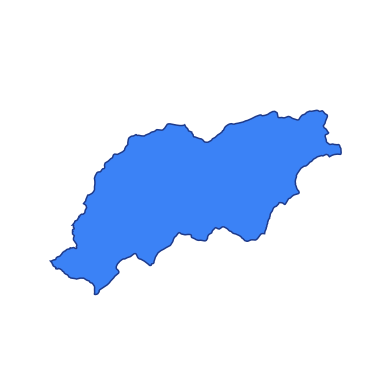 Buriticá, Antioquia, Colombia, rotated 74°
{"feature_id": "7082276B20190258274584", "entity_name": "Buriticá", "entity_type": "district", "adm_level": 2, "iso_a3": "COL", "parent_name": "Colombia", "parent_adm1": "Antioquia", "projection": "albers", "projection_center": [-75.9, 6.81], "detail": "fine", "context": "isolated", "style": "filled", "palette": "blue", "viewbox_px": 384, "rotation_deg": 74, "n_neighbors": 0, "source": "geoboundaries", "source_scale": "gbopen_adm2", "svg_char_len": 6066}
<svg xmlns="http://www.w3.org/2000/svg" viewBox="0 0 384 384"><g transform="rotate(74 192 192)"><path d="M252.1,133.7L250.1,132.8L247.7,130.8L246.6,130.4L246.1,129.8L244.5,129.1L242.9,127.9L241.3,127.4L240.8,126.7L240.3,126.6L239.4,125.8L238.6,124.6L237.6,124.4L237.0,123.8L234.8,122.8L233.9,122.0L232.3,120.0L231.0,119.1L229.7,117.9L229.1,116.7L228.9,114.8L227.3,112.1L226.4,111.4L226.3,110.9L226.8,109.3L227.5,107.9L229.4,106.5L229.5,105.9L228.3,104.4L225.2,101.2L225.0,100.8L224.9,99.2L223.7,97.0L223.0,95.2L222.9,93.4L222.9,90.4L222.5,89.4L221.8,89.1L220.4,89.2L219.9,89.6L217.6,90.3L215.5,90.3L212.9,90.5L212.6,90.2L210.5,89.9L208.5,89.0L206.2,87.4L204.8,87.1L203.0,85.3L199.2,80.7L198.1,77.3L198.3,75.8L198.2,74.7L197.3,72.8L195.8,70.4L195.5,68.6L193.9,66.1L193.3,63.4L192.7,61.8L192.7,57.4L193.4,56.2L192.8,52.7L193.7,51.2L196.0,50.2L195.3,47.2L195.2,44.9L195.7,41.7L196.7,39.1L196.6,38.5L196.2,38.2L195.3,37.8L191.2,36.9L189.5,37.3L188.0,37.3L187.4,37.5L186.7,38.3L186.6,39.4L185.4,42.4L184.7,43.4L184.4,45.9L184.2,46.6L181.4,48.7L180.4,48.9L179.0,48.6L175.2,48.7L174.3,48.3L173.8,47.9L173.5,45.7L173.2,44.9L172.8,44.4L172.2,44.5L171.5,45.0L169.9,45.3L168.3,45.9L166.6,47.3L164.7,47.6L162.6,45.2L160.8,44.2L156.9,41.1L155.7,40.8L155.1,40.9L153.3,42.6L150.6,43.8L149.8,44.5L149.8,46.6L149.6,47.4L148.3,48.6L147.8,49.9L147.4,54.9L146.7,56.6L147.0,59.6L148.3,62.2L148.4,64.4L148.6,65.2L149.8,67.1L151.9,69.4L151.9,70.4L151.7,71.0L148.9,75.2L147.0,76.8L146.1,78.1L145.9,79.0L146.2,82.4L146.0,83.5L145.1,85.2L144.8,86.9L144.2,88.4L143.5,88.7L139.6,88.3L138.9,88.7L137.3,90.2L136.9,92.3L137.5,95.6L138.2,97.4L138.4,99.3L138.4,101.2L138.1,103.3L137.8,103.8L136.9,104.5L136.7,105.9L137.0,110.0L137.9,114.5L138.5,118.9L138.4,120.7L138.8,123.6L138.6,128.5L138.3,131.1L138.4,132.8L138.1,133.7L137.2,135.3L137.1,136.0L137.0,137.4L137.4,139.3L138.3,141.7L139.3,143.0L141.4,144.8L141.6,145.8L142.4,146.4L143.5,148.8L144.2,151.4L145.9,154.7L146.5,157.7L147.4,158.7L147.8,159.5L148.5,162.6L148.4,163.7L147.9,165.1L147.3,166.1L146.6,166.6L145.4,167.0L143.7,168.2L142.4,170.6L140.0,173.8L139.4,175.1L138.8,175.3L137.1,175.2L135.3,175.9L134.4,175.7L132.3,178.4L129.8,178.8L127.9,180.0L125.4,180.5L125.6,181.0L125.4,183.1L124.8,185.3L123.5,188.3L120.4,194.4L120.0,196.1L120.1,197.1L123.1,200.7L124.3,203.0L124.2,204.1L122.4,208.5L122.6,209.5L123.0,210.1L123.4,211.7L123.3,214.1L123.5,215.2L124.1,216.8L124.5,221.0L125.0,222.2L124.9,222.8L124.2,224.9L122.8,227.6L122.6,228.9L122.4,229.2L121.7,229.6L121.4,230.0L122.0,232.8L121.7,234.7L121.8,235.4L122.4,237.2L122.9,238.0L124.1,238.8L126.9,240.1L128.7,240.6L130.3,243.3L131.8,244.6L133.2,245.4L134.2,247.6L135.3,253.0L135.2,253.6L134.3,255.7L134.3,256.3L134.5,256.9L134.9,257.5L137.1,259.0L137.6,260.9L139.2,263.9L140.2,267.5L141.3,268.3L142.3,268.8L144.0,269.0L144.9,269.5L145.3,270.3L145.1,271.4L145.8,272.6L146.9,273.8L147.3,274.7L147.0,276.2L147.0,277.3L147.3,278.1L149.7,280.5L151.9,282.0L154.9,282.4L157.5,283.1L160.1,284.3L162.7,285.0L163.5,285.5L164.7,286.8L165.7,288.4L166.5,291.7L166.2,292.8L166.3,293.1L169.9,296.0L171.3,296.7L172.5,298.5L173.3,299.5L175.1,297.9L176.2,297.5L177.3,297.7L178.1,297.6L180.0,299.6L182.4,300.8L182.9,301.7L183.3,302.9L182.9,304.4L183.5,306.0L184.2,306.5L184.2,307.4L184.7,307.7L185.3,307.6L185.8,308.7L186.8,309.4L187.5,310.6L187.6,312.2L188.0,312.5L188.0,312.8L188.5,313.0L188.8,313.2L190.8,316.0L190.9,315.2L191.1,315.1L191.7,315.1L193.0,315.7L193.5,315.4L194.6,315.3L195.0,315.6L194.9,315.9L195.2,316.9L195.6,317.3L196.1,317.5L197.0,317.4L197.0,317.7L197.5,318.0L198.6,318.1L199.3,318.4L201.6,317.2L203.4,318.5L204.1,318.8L205.3,319.1L210.2,317.4L211.5,317.4L212.8,318.3L213.8,318.2L214.3,318.5L214.4,318.8L214.0,319.9L213.0,320.7L212.7,321.3L212.7,323.1L212.1,324.4L212.2,324.7L212.6,325.0L212.8,324.9L212.9,325.1L212.7,327.8L213.0,328.8L213.7,330.0L213.7,331.1L214.1,331.6L214.3,332.6L215.4,334.1L215.9,334.5L216.2,335.2L217.0,336.2L217.3,337.3L217.3,339.1L217.6,340.1L217.9,340.6L219.2,341.6L219.3,342.3L219.2,344.2L219.6,345.9L219.4,347.1L221.6,346.1L222.5,346.2L222.9,345.9L223.8,345.7L224.1,345.9L224.6,345.8L225.9,344.8L226.5,344.0L226.9,343.8L227.7,344.0L227.8,343.6L228.5,343.7L228.5,343.2L228.9,342.6L228.9,341.8L228.7,341.5L229.4,340.2L231.1,338.7L232.4,338.3L233.2,337.4L234.9,337.0L236.4,335.7L237.3,334.5L238.5,334.0L239.7,333.8L240.5,332.8L241.2,332.3L243.1,328.1L243.9,326.8L243.8,325.6L243.8,325.2L244.0,324.8L243.9,324.2L244.0,323.1L245.0,319.8L247.6,317.6L249.3,315.3L250.4,315.1L251.3,314.4L252.1,313.1L253.2,312.6L255.6,311.8L257.3,312.0L258.2,312.4L261.8,313.3L263.1,313.9L263.5,313.9L264.0,312.8L264.0,311.5L263.8,310.6L262.2,308.7L261.3,308.5L260.6,307.7L257.8,298.9L256.4,296.3L255.2,294.8L252.9,290.9L251.8,289.6L249.7,284.9L248.7,284.3L247.6,284.4L246.5,284.8L245.2,285.7L244.5,285.8L243.2,285.5L242.2,284.9L240.4,283.2L239.5,281.6L238.9,280.9L237.7,278.0L237.4,276.3L237.8,275.2L237.7,274.4L237.3,272.5L237.1,268.9L235.4,264.8L235.5,263.8L235.6,263.4L235.9,263.1L236.5,262.7L239.9,262.2L241.0,261.7L241.8,261.0L242.5,259.7L245.4,256.8L249.8,253.6L250.5,253.3L251.0,252.8L251.2,251.9L251.1,251.4L250.0,250.6L250.0,248.9L249.5,248.1L248.4,247.7L244.5,245.1L241.1,241.4L239.8,238.2L239.0,234.4L238.4,232.4L237.4,227.7L237.0,227.1L234.4,224.2L232.0,222.6L230.7,221.3L229.9,219.4L227.9,216.8L227.5,215.6L227.9,214.9L228.7,214.4L229.5,213.6L231.2,210.5L231.7,207.5L232.3,205.6L233.1,204.7L233.8,204.6L234.8,205.0L235.6,204.8L237.6,202.4L239.0,201.1L240.2,199.3L240.8,196.8L242.4,193.5L242.6,192.6L242.4,191.6L241.0,190.0L239.1,189.2L238.0,188.2L237.4,187.2L236.7,184.4L234.8,183.0L233.0,179.8L232.8,179.3L232.9,178.8L234.2,177.5L235.1,176.1L234.7,174.6L234.0,172.8L233.9,172.1L234.4,170.8L236.2,169.0L237.3,168.0L238.6,167.4L239.8,166.6L240.8,165.2L242.6,164.2L243.6,163.0L244.2,161.8L246.6,158.9L248.2,157.4L250.0,156.7L250.8,155.9L253.3,154.6L254.5,152.8L254.7,151.8L254.3,148.4L254.7,146.8L255.6,144.5L255.6,143.7L255.2,142.5L254.5,141.4L251.8,137.9L251.4,137.1L251.3,136.2L251.5,135.2L252.1,133.7Z" fill="#3b82f6" stroke="#1e3a8a" stroke-width="1.5"/></g></svg>